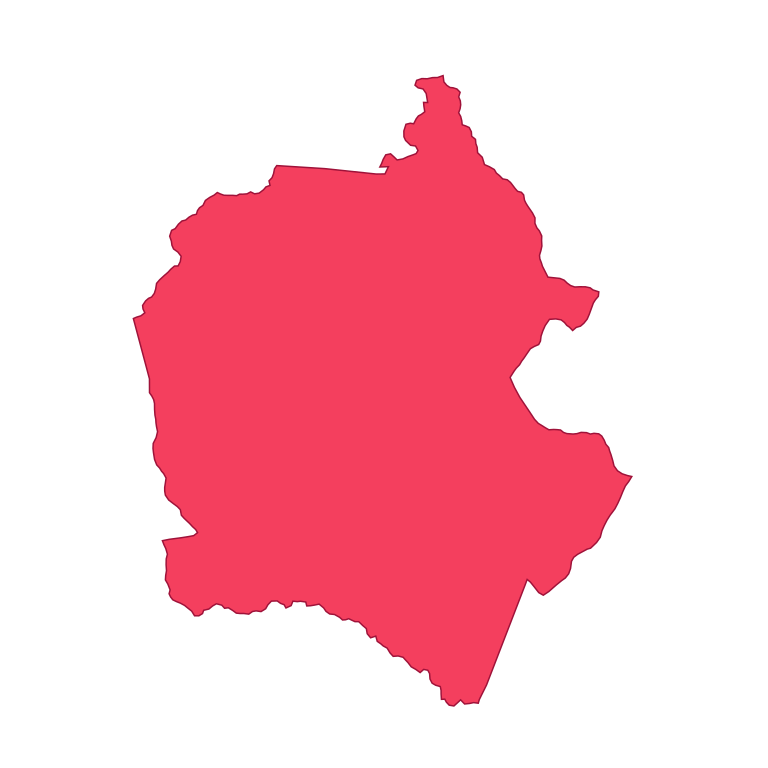 outline of Capixaba, Acre, Brazil, rotated 6°
{"feature_id": "56859067B32196744892902", "entity_name": "Capixaba", "entity_type": "district", "adm_level": 2, "iso_a3": "BRA", "parent_name": "Brazil", "parent_adm1": "Acre", "projection": "robinson", "projection_center": [-67.828, -10.457], "detail": "fine", "context": "isolated", "style": "filled", "palette": "rose", "viewbox_px": 768, "rotation_deg": 6, "n_neighbors": 0, "source": "geoboundaries", "source_scale": "gbopen_adm2", "svg_char_len": 4983}
<svg xmlns="http://www.w3.org/2000/svg" viewBox="0 0 768 768"><g transform="rotate(6 384 384)"><path d="M588.0,269.9L582.0,268.6L579.0,266.8L574.2,266.3L568.8,266.8L563.6,267.6L559.3,266.6L555.6,264.5L552.3,261.9L547.9,260.6L535.9,260.6L529.3,250.4L527.8,246.9L525.9,243.2L525.2,239.7L526.1,234.9L526.6,230.3L525.7,224.6L525.4,220.3L522.5,215.5L519.7,212.7L517.3,208.4L516.8,203.0L513.8,198.4L508.4,192.1L506.3,189.4L504.5,186.5L503.1,181.3L500.6,179.0L496.7,178.4L494.0,175.9L491.1,172.8L488.7,170.3L485.2,168.0L480.6,167.6L477.1,164.7L473.7,162.5L471.3,159.2L466.1,156.9L461.0,155.3L458.0,148.2L452.9,144.2L451.9,138.8L450.2,135.3L449.4,131.1L445.3,128.5L444.5,124.0L441.9,120.0L438.6,118.9L434.7,118.0L433.8,114.0L432.3,109.9L429.9,106.5L430.9,102.3L431.1,98.3L430.3,94.4L428.3,90.7L429.2,85.9L425.7,83.0L421.8,82.2L418.6,82.2L415.2,80.4L412.0,77.3L410.5,71.1L405.2,73.6L400.3,74.2L395.1,75.9L389.7,76.3L384.7,78.6L383.6,83.6L387.0,85.9L392.0,86.5L395.6,90.7L396.8,95.1L398.0,99.5L393.9,99.8L394.7,103.8L396.1,109.0L392.9,112.0L390.2,113.8L388.4,116.7L386.3,122.1L382.9,121.9L378.7,123.4L377.3,130.3L378.0,136.1L380.0,139.5L385.5,143.8L390.5,144.0L393.4,148.2L391.9,151.5L389.0,153.0L384.1,155.3L379.2,158.2L373.6,159.8L370.2,157.1L366.5,154.4L361.8,155.9L359.7,160.7L358.6,164.9L357.2,168.6L365.7,167.4L363.0,175.0L354.3,176.0L350.9,176.0L302.6,176.0L254.5,178.0L252.6,181.5L252.2,186.3L251.1,190.5L248.4,194.0L249.9,198.4L246.0,200.3L243.9,203.4L239.9,207.2L235.4,208.4L231.3,206.9L227.9,209.2L223.6,210.0L220.5,210.3L217.8,212.1L213.5,212.2L209.3,212.7L205.1,213.0L201.4,212.1L198.2,211.0L195.3,213.9L191.1,216.7L187.2,220.1L185.3,225.3L182.1,228.0L180.4,231.0L179.7,234.8L175.9,236.1L172.6,238.5L169.6,241.7L166.0,243.0L162.9,246.5L160.1,251.3L156.7,253.4L155.4,259.4L157.6,264.2L158.6,268.2L160.6,271.7L165.2,274.3L168.9,278.2L168.6,283.6L166.9,288.1L163.3,288.6L160.0,292.1L157.5,295.5L154.2,299.0L150.0,303.8L147.3,307.7L147.0,313.5L146.1,317.9L143.8,321.8L140.9,323.4L138.2,326.3L135.7,331.1L136.5,334.6L138.7,338.2L135.1,341.6L130.9,343.4L127.9,345.1L140.0,376.7L150.2,403.4L151.7,417.2L154.4,420.3L156.6,423.7L157.8,427.4L158.5,433.4L159.5,439.0L160.7,442.9L161.3,446.5L162.2,450.1L163.8,455.1L163.0,461.1L160.7,467.2L161.0,472.2L161.9,476.3L163.7,483.0L166.4,488.2L169.7,491.1L171.9,494.0L174.2,496.1L177.1,500.3L176.9,505.3L176.7,509.8L177.1,513.4L178.2,517.4L182.0,521.9L187.2,525.1L191.3,527.5L194.6,530.3L196.2,535.7L199.2,538.4L201.9,540.5L205.2,543.0L208.5,545.9L211.9,548.4L214.1,551.3L210.6,554.7L204.8,556.4L198.0,558.2L186.7,560.9L180.0,563.0L182.0,566.9L184.2,570.5L186.4,575.9L185.7,580.7L186.2,586.6L187.2,592.4L186.9,597.2L187.1,601.7L189.9,605.5L192.8,611.1L192.2,615.1L194.1,618.2L196.5,620.7L200.3,622.1L204.3,623.2L208.9,625.1L212.4,627.4L216.5,630.0L219.8,634.3L224.1,633.9L227.5,631.3L228.3,627.9L233.4,626.1L236.8,622.6L240.3,620.1L245.8,620.9L248.9,623.7L252.6,622.8L257.5,625.2L261.0,627.3L264.6,627.3L268.7,626.9L273.6,627.0L277.0,624.0L280.5,623.0L285.5,623.2L289.8,619.9L291.6,615.7L294.7,611.7L300.5,610.9L304.1,613.0L307.7,613.9L309.9,617.0L314.8,614.1L316.1,609.5L320.5,609.5L323.6,608.8L329.0,609.0L330.4,612.8L334.1,612.2L338.1,611.1L342.5,609.7L347.4,613.0L350.1,616.2L354.0,618.4L358.9,618.4L364.3,620.7L367.4,623.0L370.4,622.5L373.5,621.1L376.5,622.2L380.0,623.4L383.7,623.0L388.2,626.5L392.0,629.1L393.4,634.1L397.2,637.8L402.2,635.6L404.2,640.7L407.8,642.6L410.6,644.6L414.7,646.3L418.2,650.9L421.6,653.9L426.5,653.0L431.6,653.8L434.0,656.0L436.8,658.4L440.6,662.4L445.6,664.6L450.1,667.2L453.3,663.7L457.5,664.1L459.6,667.2L460.6,672.6L463.1,676.5L466.9,678.2L471.6,679.0L472.8,682.8L473.2,686.4L474.1,691.6L477.4,691.1L479.3,693.9L482.4,696.6L487.2,696.9L490.7,693.0L493.2,690.1L497.6,693.8L502.4,692.8L506.4,691.5L511.1,691.6L511.8,687.8L513.4,683.4L517.4,672.7L545.3,569.3L546.8,563.4L550.3,565.7L554.4,569.8L559.7,575.3L564.5,577.4L569.6,573.2L576.5,565.7L581.3,560.9L584.6,558.0L587.5,553.4L588.8,548.0L589.0,540.7L590.8,536.5L594.3,533.2L603.3,527.0L606.6,525.7L611.9,519.5L615.1,513.8L616.1,507.1L617.8,501.8L620.0,496.1L622.5,491.0L626.7,484.0L629.0,478.2L631.0,472.2L632.7,466.2L634.7,460.2L637.6,455.4L640.1,450.1L635.7,449.6L630.2,448.4L625.3,445.9L621.3,441.4L619.5,436.3L617.2,430.7L615.4,427.0L614.1,423.7L610.9,420.7L608.9,416.9L606.0,413.0L602.8,411.1L598.0,411.1L594.5,412.2L590.5,411.2L585.1,411.5L581.1,413.2L577.3,414.0L571.0,414.2L567.6,413.4L564.4,411.3L561.0,411.3L557.5,411.5L552.8,412.3L549.6,410.9L541.5,407.0L537.4,403.4L532.3,397.2L525.6,389.2L520.5,383.1L514.1,373.8L508.7,364.3L512.2,357.3L513.9,354.4L516.8,350.7L518.5,346.9L520.5,343.6L523.0,338.9L525.9,333.6L529.6,330.9L533.7,328.6L535.1,325.0L535.2,319.9L536.4,314.6L538.2,309.0L541.8,302.4L548.1,301.3L553.5,301.7L557.1,304.0L559.7,306.6L562.5,308.1L566.0,311.1L569.3,307.6L573.4,305.9L576.4,302.7L579.3,298.2L580.8,293.4L582.0,288.6L583.7,281.7L585.4,278.2L588.0,274.4L588.0,269.9Z" fill="#f43f5e" stroke="#9f1239" stroke-width="1.5"/></g></svg>